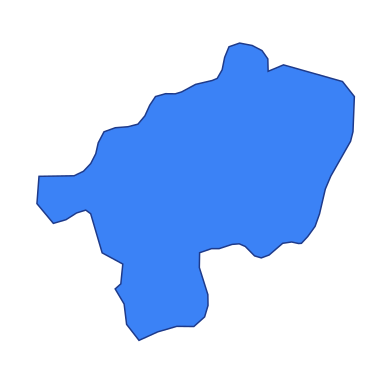 SVG path tracing the border of Cibitoke, rotated 96°
{"feature_id": "BDI-2638", "entity_name": "Cibitoke", "entity_type": "Province", "adm_level": 1, "iso_a3": "BDI", "parent_name": "Burundi", "parent_adm1": "", "projection": "albers", "projection_center": [29.231, -2.849], "detail": "fine", "context": "isolated", "style": "filled", "palette": "blue", "viewbox_px": 384, "rotation_deg": 96, "n_neighbors": 0, "source": "natural_earth", "source_scale": "10m", "svg_char_len": 1002}
<svg xmlns="http://www.w3.org/2000/svg" viewBox="0 0 384 384"><g transform="rotate(96 192 192)"><path d="M115.2,38.2L125.0,39.6L161.6,55.6L175.1,59.7L200.5,62.9L213.3,66.0L224.3,72.3L231.6,77.8L232.1,80.6L231.3,87.7L233.4,95.9L233.5,96.4L246.6,108.7L250.3,116.2L249.0,123.1L240.6,133.3L238.6,139.6L239.9,146.6L245.5,159.1L246.3,166.7L251.6,178.1L266.4,176.8L292.4,165.5L303.2,164.2L314.9,166.4L325.6,176.1L327.2,193.1L334.7,211.5L345.1,229.2L330.5,243.2L310.5,247.8L296.4,258.3L290.8,253.2L270.9,253.3L261.9,275.0L224.2,290.5L221.1,295.8L224.9,304.6L232.7,314.4L237.7,326.6L219.8,345.0L192.4,345.8L188.2,311.0L182.7,302.1L174.3,295.7L164.0,291.7L152.9,290.4L141.3,285.8L136.1,275.0L133.8,262.6L130.2,252.9L121.2,246.8L110.1,243.1L100.9,238.3L97.0,228.6L96.1,218.9L93.6,212.9L84.6,199.7L79.0,183.6L76.4,178.8L67.3,174.8L54.7,173.6L43.7,170.4L38.9,160.2L40.0,147.4L44.1,137.1L51.7,130.5L64.0,128.9L56.0,114.3L66.4,53.9L80.1,40.5L115.2,38.2Z" fill="#3b82f6" stroke="#1e3a8a" stroke-width="1.5"/></g></svg>